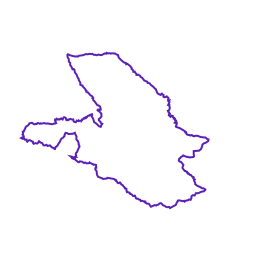 the district of Santo Domingo, Antioquia, Colombia, rotated 203°
{"feature_id": "7082276B22533299830679", "entity_name": "Santo Domingo", "entity_type": "district", "adm_level": 2, "iso_a3": "COL", "parent_name": "Colombia", "parent_adm1": "Antioquia", "projection": "orthographic", "projection_center": [-75.13, 6.474], "detail": "fine", "context": "isolated", "style": "outline", "palette": "violet", "viewbox_px": 256, "rotation_deg": 203, "n_neighbors": 0, "source": "geoboundaries", "source_scale": "gbopen_adm2", "svg_char_len": 5801}
<svg xmlns="http://www.w3.org/2000/svg" viewBox="0 0 256 256"><g transform="rotate(203 128 128)"><path d="M222.4,77.0L220.5,76.9L219.8,78.0L218.4,77.0L216.9,77.7L216.4,76.7L215.4,76.0L214.4,78.0L213.7,78.5L210.9,78.1L210.2,78.3L209.3,76.8L208.7,76.6L207.1,78.0L205.5,78.2L205.0,79.3L204.9,81.0L204.6,81.1L203.1,80.4L201.1,80.6L199.1,79.1L198.0,79.3L196.4,80.7L195.0,80.0L193.1,81.5L190.3,80.4L188.7,80.5L187.5,80.0L187.0,80.2L187.3,82.1L186.5,83.0L186.5,83.6L186.0,84.4L185.8,87.3L185.4,87.8L185.3,91.3L184.8,92.7L184.0,93.7L183.3,95.9L183.7,96.5L183.6,99.1L181.9,99.5L180.5,99.2L176.6,101.1L175.0,102.8L174.2,101.8L172.1,100.1L171.2,97.5L170.3,96.8L169.1,96.5L167.5,94.7L167.0,93.5L166.1,93.0L166.1,92.6L165.3,91.7L165.6,90.4L165.5,86.1L166.1,84.4L165.8,83.3L165.1,82.7L164.9,81.9L165.2,81.4L164.4,81.1L166.3,80.0L166.8,79.2L168.3,79.7L169.7,79.4L168.5,79.0L167.7,78.3L165.7,78.3L165.5,79.1L165.2,79.2L164.5,78.9L163.8,78.1L160.4,77.1L159.8,77.3L159.4,78.4L157.5,79.0L154.8,78.6L154.0,79.5L152.2,79.3L150.0,80.5L149.9,81.3L147.4,80.9L146.5,81.1L145.5,80.6L144.1,81.4L143.0,81.5L142.2,80.2L142.3,79.5L141.7,79.0L142.3,78.4L142.0,77.2L140.1,76.1L138.4,73.0L136.5,71.4L132.0,71.6L131.6,71.4L131.4,70.6L131.3,71.2L127.8,73.2L127.5,74.1L121.0,75.6L119.3,75.1L119.0,74.8L118.6,74.9L118.6,75.3L118.3,75.2L118.0,74.5L116.7,74.0L116.2,73.5L115.0,73.5L114.2,74.7L113.1,74.3L112.3,73.5L110.2,73.2L109.4,72.5L107.9,72.0L107.3,71.2L105.8,71.5L104.8,69.5L103.9,68.6L103.4,69.1L102.4,68.8L101.2,69.1L100.2,68.1L98.9,68.4L96.8,67.4L96.1,67.6L95.6,68.3L95.1,68.4L93.2,66.4L92.4,66.3L91.3,66.8L90.0,66.4L88.7,66.7L87.7,65.8L86.2,66.6L84.7,66.5L84.1,67.0L83.3,67.1L83.1,66.1L81.2,65.8L79.2,66.4L76.1,64.5L73.3,67.4L71.6,67.8L71.3,68.5L70.4,69.0L69.1,71.3L68.6,71.6L67.8,71.6L65.3,70.5L64.1,70.7L62.5,70.3L61.0,70.4L59.1,71.4L58.1,70.7L54.0,75.8L53.9,78.9L53.6,79.6L53.8,80.6L52.3,81.5L49.0,82.0L48.0,82.9L47.1,82.4L46.3,83.8L44.5,85.0L43.9,86.1L42.3,86.3L42.2,88.1L42.9,89.9L42.2,91.4L40.3,91.9L40.0,94.5L38.0,95.4L35.3,98.2L33.5,99.3L32.6,101.2L32.7,101.6L34.8,102.0L36.6,101.4L37.8,101.8L41.9,101.9L44.3,102.6L44.6,103.6L46.7,105.4L46.4,106.7L47.5,106.7L48.4,107.4L48.3,108.3L50.1,108.4L51.8,109.4L52.9,109.0L54.1,109.7L54.6,109.3L55.4,110.2L56.1,110.0L56.5,110.7L56.9,110.5L58.3,110.9L58.9,110.6L60.1,111.2L62.1,112.4L62.5,113.2L62.6,115.7L65.5,117.3L66.1,117.5L67.7,117.3L68.6,118.0L68.8,119.9L68.2,120.6L68.0,121.9L66.6,123.6L66.5,124.3L62.6,124.3L61.4,124.9L60.1,124.8L56.4,126.9L56.2,128.0L57.1,129.2L58.5,132.4L53.6,135.0L52.6,137.2L52.6,140.2L53.0,141.8L52.4,143.2L50.4,145.2L49.1,147.3L49.4,148.9L50.7,148.8L52.9,149.5L57.5,148.1L60.9,148.0L63.2,147.0L63.9,146.2L65.2,146.1L66.5,146.5L67.7,145.4L68.5,145.6L69.9,145.1L71.7,145.2L72.8,146.8L73.5,146.3L74.5,147.3L80.4,148.1L84.1,147.8L84.7,148.4L84.5,150.0L85.0,151.5L85.4,151.1L87.0,151.1L86.3,153.2L86.7,153.7L87.7,153.6L88.4,154.9L89.5,154.5L89.7,155.4L90.9,155.5L91.5,156.6L92.7,156.4L92.6,155.9L93.3,154.9L94.7,155.6L94.8,156.2L95.4,155.8L95.7,156.4L95.3,156.8L95.2,157.7L97.4,158.7L97.3,159.2L97.9,159.5L97.3,160.1L97.1,161.4L97.6,163.3L98.8,164.6L99.0,165.4L100.0,165.0L99.9,167.9L100.3,168.5L100.9,168.4L100.8,169.3L101.3,168.9L101.8,169.0L101.7,169.7L102.3,170.1L102.2,171.0L102.9,171.7L104.1,171.7L104.7,172.2L106.1,170.7L107.2,170.5L107.7,170.7L108.1,172.2L109.0,172.3L110.2,172.9L110.6,172.6L110.7,171.4L111.1,171.1L114.1,171.4L115.1,172.0L117.7,174.7L118.5,174.7L120.4,175.7L123.8,176.6L125.6,177.6L127.6,177.2L128.2,178.1L131.6,178.1L134.7,179.8L136.2,179.9L137.5,180.9L139.5,181.1L140.2,180.4L141.0,180.2L141.4,181.1L143.1,181.8L143.8,182.5L145.0,181.8L145.7,183.0L147.8,183.8L148.0,184.7L150.9,186.1L153.7,186.8L154.6,186.0L155.5,187.1L156.9,186.7L160.2,187.6L164.1,189.2L165.7,191.3L167.1,191.2L168.9,191.5L172.0,190.5L172.9,189.7L174.1,189.7L175.6,188.9L177.0,188.8L176.9,188.0L178.6,187.5L180.8,184.8L182.0,184.3L183.8,184.1L185.3,182.7L186.9,182.6L187.9,182.0L189.9,182.3L190.8,181.6L192.3,181.3L194.3,179.9L195.5,179.7L197.9,177.4L201.3,175.4L202.1,174.1L203.0,174.1L204.1,173.3L206.3,172.8L209.9,172.3L211.5,172.5L212.2,172.3L212.4,171.7L211.2,169.6L209.4,168.2L208.4,166.0L206.6,165.2L205.9,163.4L204.1,162.4L202.2,160.5L201.7,160.4L201.0,161.0L200.0,160.6L198.5,158.3L196.4,157.2L193.7,154.5L192.6,154.0L192.0,152.9L189.5,151.0L188.8,149.2L187.5,149.1L186.5,149.3L186.0,148.6L182.5,147.1L181.7,146.2L180.8,146.1L180.6,145.1L179.8,144.9L178.8,145.1L175.2,143.4L173.5,143.2L171.9,142.2L172.3,141.5L171.4,141.0L170.6,139.8L169.4,139.6L165.1,137.0L164.0,137.3L162.1,136.8L160.4,134.7L160.3,134.1L161.5,133.9L163.0,133.0L162.9,132.3L161.4,132.2L158.2,130.9L156.9,128.1L157.6,126.1L158.3,125.1L158.2,124.2L157.7,123.6L155.7,122.9L155.1,122.1L153.3,121.8L153.7,120.4L153.6,118.4L155.4,118.3L158.5,119.6L161.7,120.3L163.2,122.4L164.9,123.9L166.0,124.4L166.1,126.1L166.5,126.6L167.9,125.5L168.6,124.1L169.3,123.9L170.1,122.7L170.0,122.0L170.5,121.8L170.6,121.0L171.1,121.1L171.1,120.6L171.6,120.5L171.5,119.8L171.9,119.5L172.6,119.6L173.3,117.4L173.4,117.8L173.7,117.7L173.8,116.5L175.8,115.4L176.3,115.6L176.3,115.0L178.0,114.8L178.3,112.9L180.4,112.7L181.8,114.5L182.5,114.0L184.8,113.8L186.1,111.9L186.5,112.3L187.7,111.2L189.4,113.0L191.0,113.0L191.4,112.6L191.5,110.3L193.3,110.7L193.6,109.7L194.2,109.6L194.5,109.0L195.3,109.0L195.8,108.3L197.3,108.7L197.9,107.8L197.7,107.3L198.4,107.2L198.3,106.6L196.0,104.4L196.7,103.7L198.0,103.1L198.5,102.3L199.7,101.7L203.8,100.8L204.8,100.1L207.0,99.8L208.9,98.5L210.3,98.1L210.7,97.4L212.7,97.5L213.2,97.2L213.7,95.9L214.5,95.8L215.1,95.1L216.0,94.7L218.3,95.3L220.6,93.8L220.6,92.6L221.1,91.2L222.2,89.8L222.6,88.3L222.3,86.9L222.7,86.1L222.5,84.1L223.4,83.5L222.5,82.0L222.5,80.7L221.7,80.6L220.5,79.3L220.6,78.7L221.5,78.2L222.4,77.0Z" fill="none" stroke="#5b21b6" stroke-width="2"/></g></svg>